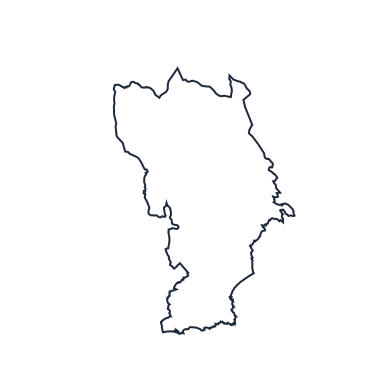 Wicklow Lea-6, Wicklow, Ireland (Robinson projection), rotated 54°
{"feature_id": "5873133B62202788208281", "entity_name": "Wicklow Lea-6", "entity_type": "district", "adm_level": 2, "iso_a3": "IRL", "parent_name": "Ireland", "parent_adm1": "Wicklow", "projection": "robinson", "projection_center": [-6.153, 53.022], "detail": "fine", "context": "isolated", "style": "outline", "palette": "slate", "viewbox_px": 384, "rotation_deg": 54, "n_neighbors": 0, "source": "geoboundaries", "source_scale": "gbopen_adm2", "svg_char_len": 6098}
<svg xmlns="http://www.w3.org/2000/svg" viewBox="0 0 384 384"><g transform="rotate(54 192 192)"><path d="M60.1,191.6L62.7,194.8L65.8,195.3L70.3,200.0L75.3,203.0L76.2,204.4L83.2,209.3L92.2,213.1L93.9,215.2L101.5,219.6L103.6,220.2L111.6,219.2L120.0,222.3L121.9,220.3L124.6,219.9L130.8,216.3L133.1,215.4L137.6,215.6L144.9,216.8L146.6,216.6L147.3,215.4L148.9,215.6L149.8,216.4L149.3,218.3L150.8,218.6L151.3,220.6L152.9,222.6L155.9,224.9L159.1,225.9L160.1,226.7L160.4,227.5L161.8,227.6L163.4,228.8L163.8,229.5L162.9,230.3L164.3,231.8L164.8,231.9L165.4,230.9L166.0,230.8L168.7,233.5L173.6,234.1L179.3,235.6L180.2,236.2L181.0,237.5L182.8,239.2L183.8,239.8L184.7,239.8L186.8,238.9L187.3,237.9L188.8,236.6L189.8,234.6L193.1,233.4L193.8,232.7L194.2,232.0L193.9,231.1L194.2,230.2L195.5,229.4L196.2,228.3L195.4,227.1L194.8,227.2L191.1,225.6L188.5,224.1L188.1,223.7L187.9,221.2L185.8,219.0L188.8,219.9L190.2,219.3L193.0,219.4L193.3,219.9L195.5,220.6L197.9,222.3L200.0,225.1L202.7,224.9L205.7,226.7L207.6,226.0L210.3,223.4L212.5,223.4L213.1,224.7L213.0,226.1L209.8,228.9L209.7,230.1L208.6,233.0L210.1,234.0L210.4,234.6L215.6,237.1L218.6,239.2L223.7,244.5L222.8,245.9L222.7,246.9L224.1,247.6L229.1,248.8L230.3,248.5L231.6,249.0L232.2,249.9L236.6,250.6L237.3,252.0L238.1,252.7L239.9,251.8L243.4,251.6L243.6,250.8L243.1,247.3L242.7,246.4L242.6,243.6L254.9,242.6L254.6,243.3L254.9,243.5L257.5,244.4L257.0,249.0L256.4,249.3L257.8,250.5L257.1,251.1L257.0,251.9L257.6,252.3L257.7,253.4L258.2,254.5L257.2,255.4L257.5,256.4L257.2,256.5L257.4,256.8L256.8,257.9L256.9,258.4L258.1,261.6L259.2,263.2L261.6,261.9L260.9,264.0L260.9,265.0L260.0,266.1L259.9,268.2L259.4,268.5L260.6,269.8L261.2,269.9L261.5,270.4L262.8,271.0L262.6,272.1L263.1,272.4L263.0,274.0L263.7,274.0L264.0,275.1L266.0,276.2L267.9,276.7L269.7,276.2L269.6,276.9L269.9,277.5L270.9,278.8L272.0,279.5L271.9,279.9L272.3,280.3L274.6,279.6L276.2,280.4L276.3,281.2L276.6,281.5L280.1,282.3L279.4,282.9L279.8,284.9L279.0,286.7L278.6,289.1L278.8,290.7L278.5,291.8L279.1,292.4L278.9,293.4L279.8,294.2L282.1,294.7L284.0,296.1L288.4,297.9L290.2,294.3L292.3,291.0L294.5,288.6L297.4,286.2L297.3,285.3L296.7,285.1L294.7,285.7L295.0,285.8L294.6,286.5L295.1,286.3L295.2,286.6L295.1,286.9L294.4,287.2L293.4,287.1L295.1,286.8L295.0,286.4L294.5,286.5L294.9,285.8L294.6,285.7L296.9,285.0L297.4,285.1L297.8,286.1L298.8,286.0L299.4,285.5L299.8,285.7L299.4,285.2L299.8,284.8L299.6,284.3L300.2,283.4L300.1,283.0L301.3,281.9L299.3,281.5L298.8,279.2L299.4,277.4L300.0,277.1L300.3,275.9L300.8,275.5L300.1,273.7L300.5,272.5L304.2,268.3L308.0,265.8L309.3,265.8L310.4,265.0L310.4,263.4L310.7,263.1L310.3,263.0L310.1,262.4L309.3,262.2L309.3,261.2L310.7,259.3L312.1,258.6L312.3,257.9L312.7,258.0L312.6,257.3L313.0,257.4L312.7,256.2L313.5,255.4L313.5,254.4L313.1,253.8L313.3,253.3L314.3,252.8L314.1,251.6L312.6,250.6L313.4,250.3L313.3,249.7L313.7,249.4L313.6,248.8L314.4,248.3L313.7,247.3L314.2,246.1L313.7,244.9L314.7,244.7L315.3,243.9L315.1,243.6L315.4,243.5L317.0,243.5L317.3,243.2L317.5,244.0L317.5,243.1L317.0,243.1L318.0,242.0L318.8,241.8L318.9,240.2L319.5,240.6L319.8,239.6L321.2,238.6L322.2,238.8L322.4,238.3L322.8,238.2L322.8,237.6L323.2,237.3L322.7,236.9L323.1,236.1L322.7,235.6L323.4,235.4L323.0,235.2L323.3,234.7L323.9,234.8L323.4,234.1L322.4,234.3L321.3,232.8L320.3,232.7L320.5,232.2L320.0,231.6L317.9,229.9L318.3,229.5L316.9,229.6L316.6,229.9L314.7,229.1L313.2,229.6L312.7,229.3L312.1,229.6L310.4,229.3L310.3,227.9L309.4,226.8L309.7,226.3L308.6,225.7L308.8,225.5L306.3,225.5L304.5,223.5L304.8,223.1L303.8,222.8L302.5,221.4L303.4,222.6L303.3,223.3L302.8,223.6L300.6,223.7L298.1,223.0L300.6,223.5L301.9,223.4L302.4,222.9L300.7,222.9L299.5,221.9L301.2,221.3L299.3,221.9L298.8,221.6L296.2,217.8L294.6,214.1L293.7,209.7L293.3,205.3L293.5,196.2L294.0,189.8L292.8,189.7L288.0,187.4L286.7,186.1L283.3,183.9L283.0,183.3L281.8,183.3L281.3,182.4L280.6,182.6L280.6,181.5L278.3,181.2L275.7,179.8L275.2,177.3L271.7,177.0L271.2,176.4L269.8,176.9L269.4,175.7L270.0,173.6L267.9,170.3L269.2,169.7L268.8,169.2L269.0,167.3L268.6,165.2L267.9,164.3L267.8,162.8L266.7,161.9L265.2,159.4L264.9,158.2L266.0,155.4L264.1,154.6L262.3,155.3L260.1,154.9L262.1,152.8L262.4,152.0L261.3,151.8L262.1,149.5L260.1,146.2L260.6,146.1L260.8,145.5L260.2,143.9L260.3,142.5L261.8,141.6L263.4,139.4L265.7,138.5L267.0,138.5L266.9,136.8L270.0,136.1L266.9,134.0L265.7,134.2L264.5,133.6L263.6,132.8L263.5,131.5L259.5,131.7L258.6,131.4L258.9,130.2L259.7,129.6L259.7,128.8L261.7,128.5L265.1,128.9L266.2,128.2L268.1,128.0L268.9,126.0L270.9,124.3L271.5,123.2L271.3,122.9L268.0,122.0L267.3,121.1L264.3,120.7L259.0,121.7L256.3,123.1L256.1,124.0L255.3,124.8L254.8,126.3L255.9,126.8L255.9,127.2L254.3,127.7L254.0,128.7L251.7,130.5L248.2,131.9L248.0,130.7L247.4,130.0L243.4,129.0L245.4,127.6L246.4,125.4L244.3,124.3L242.7,124.1L244.4,121.1L238.5,121.7L235.3,120.0L233.4,120.4L231.1,120.0L231.8,118.8L231.7,117.8L230.8,116.1L230.9,115.0L230.5,114.5L225.8,114.7L225.5,115.2L223.1,115.5L219.4,117.0L217.9,115.5L217.7,114.7L217.9,113.7L218.9,113.3L219.2,112.7L217.6,110.8L216.0,109.7L214.0,110.4L212.7,110.1L210.3,110.6L210.0,110.7L210.2,111.1L209.2,112.1L206.9,112.8L202.9,110.9L191.5,110.3L181.5,110.6L180.8,111.0L177.8,111.4L175.5,109.1L173.3,104.6L173.2,103.8L154.8,99.2L147.7,96.3L147.1,87.8L146.4,86.9L144.3,86.1L140.0,86.8L136.6,86.2L134.5,86.3L132.6,87.7L131.5,87.8L129.0,90.1L125.1,92.4L119.8,93.2L122.8,95.6L123.9,95.4L125.8,95.9L127.6,97.9L129.7,98.3L132.9,99.8L134.7,101.3L136.4,103.4L137.5,104.0L138.0,104.9L132.8,109.6L132.4,111.0L131.5,112.2L130.0,113.5L126.5,114.7L122.5,114.7L117.3,115.7L112.2,121.5L106.1,123.2L102.3,126.1L101.1,129.6L99.2,131.1L97.4,131.0L96.1,133.5L83.4,131.0L88.7,146.0L91.2,148.7L94.5,151.2L95.7,153.7L95.5,160.6L96.6,163.0L91.9,164.5L87.7,163.7L83.7,164.5L81.7,165.8L81.6,166.2L80.1,167.4L80.4,167.8L80.2,168.1L78.4,170.7L76.5,171.6L75.0,171.4L73.5,172.3L72.8,171.8L70.5,173.8L68.5,174.6L67.8,175.5L67.4,176.7L69.5,180.6L68.9,182.1L68.2,182.5L68.2,183.0L68.9,183.7L67.8,184.9L68.0,185.7L66.6,186.0L65.4,186.9L63.5,187.6L61.6,188.8L60.1,191.6Z" fill="none" stroke="#1e293b" stroke-width="2"/></g></svg>